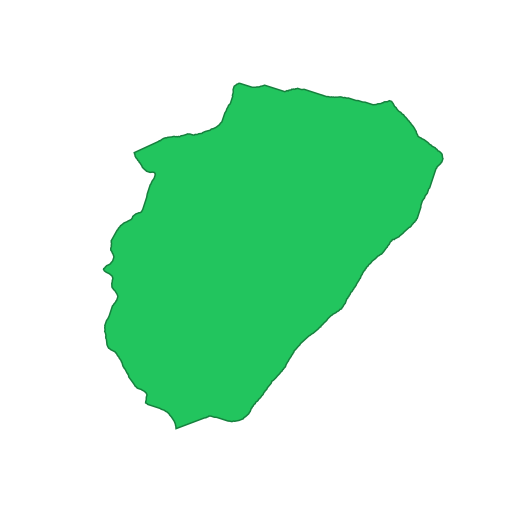 Palmeras, Alajuela, Costa Rica, rotated 198°
{"feature_id": "36466004B65263454965640", "entity_name": "Palmeras", "entity_type": "district", "adm_level": 2, "iso_a3": "CRI", "parent_name": "Costa Rica", "parent_adm1": "Alajuela", "projection": "orthographic", "projection_center": [-84.433, 10.047], "detail": "fine", "context": "isolated", "style": "filled", "palette": "green", "viewbox_px": 512, "rotation_deg": 198, "n_neighbors": 0, "source": "geoboundaries", "source_scale": "gbopen_adm2", "svg_char_len": 6108}
<svg xmlns="http://www.w3.org/2000/svg" viewBox="0 0 512 512"><g transform="rotate(198 256 256)"><path d="M278.7,67.1L255.6,85.6L254.7,86.3L253.6,86.7L253.0,87.5L252.0,88.1L251.5,89.1L249.5,89.8L245.9,89.8L243.6,90.4L231.7,90.4L229.5,90.9L228.3,90.9L227.3,91.3L226.4,92.1L225.3,92.2L221.3,94.4L217.7,97.4L217.6,98.5L216.3,100.0L214.1,103.9L214.0,105.1L213.5,106.2L213.4,109.7L212.9,110.3L212.9,111.5L212.3,112.4L212.2,113.6L211.7,114.7L211.1,115.3L211.1,116.5L210.7,117.5L209.9,118.3L209.4,119.3L209.3,120.5L208.6,121.4L207.7,123.4L207.5,124.5L206.5,126.4L206.3,128.7L205.7,129.7L205.6,130.8L204.9,131.8L204.5,132.9L204.5,134.1L202.3,139.5L202.2,141.8L201.0,143.3L199.4,146.4L198.6,148.5L197.0,151.7L196.8,152.8L195.6,154.8L195.6,156.0L195.0,156.6L194.8,157.7L193.8,159.7L193.8,162.1L193.1,165.3L192.7,166.3L192.7,167.5L191.5,171.4L191.5,172.6L190.9,173.5L190.9,174.7L190.4,175.7L190.3,178.0L189.6,178.9L187.9,183.1L186.8,185.1L186.7,186.3L180.9,196.5L180.2,197.1L179.0,199.0L177.8,200.2L174.2,206.0L173.4,208.0L172.5,208.6L172.5,209.8L171.3,211.7L171.0,212.7L168.9,216.4L168.3,218.6L166.2,222.5L165.3,223.4L164.9,224.4L162.4,226.9L161.9,228.0L161.0,228.7L160.0,230.1L159.8,231.1L158.9,231.6L158.3,232.3L158.2,233.4L157.7,234.5L157.3,236.7L156.5,238.7L156.4,243.4L155.8,244.0L155.8,245.2L155.2,246.2L155.2,247.4L154.7,248.3L154.6,250.7L153.9,251.6L153.5,252.7L153.4,253.8L152.9,254.9L152.8,256.1L152.3,257.0L152.0,258.2L151.7,259.3L151.7,260.5L150.5,265.0L150.4,266.2L149.9,267.1L149.9,269.5L149.3,271.6L149.3,272.8L148.7,275.1L148.1,276.0L148.1,277.2L147.5,278.1L147.5,279.3L146.3,281.2L146.2,282.3L145.7,283.3L145.1,283.9L144.6,285.0L143.9,287.1L141.5,290.6L140.0,293.7L139.2,294.3L138.0,296.1L137.2,296.6L135.9,299.7L134.5,304.1L133.9,305.0L133.9,306.2L132.9,308.4L132.7,310.7L131.5,312.6L131.4,313.6L130.8,314.2L129.7,314.3L129.2,315.3L125.7,318.8L125.5,319.9L124.9,320.5L123.1,323.3L122.7,324.4L119.2,330.5L118.3,331.2L117.8,332.1L117.2,334.4L116.6,335.3L116.4,336.4L115.6,337.2L115.4,338.4L114.8,339.3L114.8,340.5L114.3,341.5L114.3,353.4L114.7,354.4L114.8,355.5L114.8,360.3L114.3,361.2L114.1,362.3L113.7,363.0L113.7,365.4L112.5,368.7L112.5,373.4L111.9,374.4L111.8,394.6L111.3,395.6L111.3,396.8L108.9,401.1L108.8,402.1L108.3,402.8L108.3,406.4L108.9,407.0L110.3,410.0L111.1,410.8L113.1,411.8L114.2,412.2L115.4,412.2L117.0,413.4L118.1,413.6L119.0,414.3L122.5,414.8L123.4,415.5L125.6,415.9L126.6,416.6L127.7,417.1L132.2,418.6L134.5,418.8L135.6,419.3L136.8,419.3L138.9,419.9L140.2,421.6L141.1,422.1L142.2,424.1L143.1,424.7L144.6,426.2L146.4,427.7L149.3,429.5L150.1,430.3L151.2,430.7L152.0,431.6L153.1,431.8L153.7,432.4L156.5,434.2L157.6,434.5L159.4,436.0L160.6,436.0L162.6,437.3L164.9,437.8L165.9,438.3L167.7,439.5L168.3,440.2L169.3,440.7L170.4,441.0L172.4,443.1L174.8,444.9L177.2,444.9L178.6,443.4L181.7,442.2L182.3,441.2L183.2,440.7L184.4,439.5L187.5,438.2L188.3,437.3L191.4,436.0L199.8,436.0L202.0,435.4L206.8,435.4L208.9,434.8L217.2,434.8L218.2,434.2L220.6,434.2L221.5,433.6L223.9,433.6L225.0,433.4L228.1,432.0L229.2,431.8L230.1,431.2L231.3,431.2L232.4,430.7L233.5,430.6L234.5,430.0L236.8,429.9L237.9,429.4L261.7,429.4L263.7,428.5L264.7,428.3L268.3,428.3L268.9,427.7L270.0,427.3L270.5,426.5L271.7,426.5L272.3,425.9L273.4,425.8L273.9,424.8L275.9,423.9L276.4,422.9L277.6,422.9L279.3,421.2L300.6,421.1L302.8,419.4L303.7,419.1L305.3,417.7L307.5,417.0L308.4,416.4L311.8,415.3L324.8,415.2L325.7,414.9L326.4,414.0L327.3,413.5L327.8,412.5L329.2,410.7L329.2,407.2L328.3,405.0L328.1,403.9L328.1,401.5L327.5,400.6L327.5,393.5L327.7,392.4L328.4,391.4L328.7,390.3L328.7,389.1L329.2,387.0L329.2,384.6L329.8,382.5L329.9,373.0L331.0,371.0L331.2,369.8L333.6,366.2L336.2,363.7L337.2,363.3L338.0,362.5L338.4,361.5L342.5,358.9L344.8,356.9L345.3,355.9L348.2,354.6L349.4,353.4L351.5,352.8L352.0,352.0L353.1,351.6L356.6,351.6L357.6,351.2L358.8,351.0L360.0,349.9L362.5,348.1L364.4,347.2L365.6,345.7L366.8,345.7L367.4,345.1L368.5,345.0L369.5,344.5L370.7,344.5L371.8,344.0L372.7,343.3L376.8,341.5L377.7,340.6L378.7,340.4L380.3,339.2L382.1,337.1L382.4,336.2L383.3,335.9L383.9,335.3L383.9,335.0L403.7,316.7L403.2,316.2L403.2,315.7L402.8,315.6L401.8,313.6L400.3,312.2L399.0,311.5L398.0,310.5L396.6,309.9L396.1,309.1L395.2,308.7L392.6,306.6L391.4,305.2L388.4,303.7L387.5,303.5L386.4,302.8L382.5,302.8L380.4,303.8L378.5,304.0L377.4,303.3L377.4,302.8L376.9,302.2L376.9,298.3L377.9,295.3L378.3,291.5L378.6,291.1L378.6,281.4L378.1,278.0L378.1,265.4L378.6,262.6L379.8,261.2L380.7,261.0L382.0,259.8L383.2,259.0L385.4,255.6L385.4,253.6L386.1,252.0L388.8,249.4L389.3,248.7L391.7,246.7L393.8,243.3L394.2,243.1L394.4,241.9L395.4,239.9L395.6,238.1L396.0,237.8L396.3,236.4L398.4,225.6L398.0,225.2L398.0,224.5L397.3,223.5L396.9,221.3L396.5,220.7L396.5,218.4L395.9,216.7L394.5,215.7L393.6,214.5L392.7,213.8L390.9,211.4L390.8,210.7L390.8,206.9L391.9,204.5L391.9,203.8L393.4,202.1L395.0,200.7L396.0,198.7L396.1,198.0L396.9,197.0L396.9,196.2L395.6,195.0L393.5,194.3L389.9,193.8L386.6,192.4L385.2,190.5L385.1,188.3L384.7,186.9L384.7,185.4L383.4,182.0L382.9,181.4L381.7,180.8L381.3,180.2L379.3,179.3L376.4,176.8L375.0,175.1L374.8,174.4L374.8,170.6L375.2,170.2L375.3,168.8L375.6,168.3L375.7,167.6L376.4,166.3L376.4,165.5L377.1,164.2L377.1,153.6L377.5,150.6L378.2,148.5L378.3,143.1L377.9,142.5L377.7,141.1L376.7,139.0L376.6,137.5L375.6,136.5L374.4,134.5L374.1,133.9L374.1,133.1L373.7,132.7L373.7,132.0L373.4,131.4L372.8,130.9L372.4,130.3L370.3,125.6L368.9,124.0L367.6,122.8L366.8,122.8L365.5,122.1L360.4,121.3L359.6,120.5L358.9,120.5L356.9,118.5L355.0,117.4L354.6,116.7L352.2,115.0L351.7,114.5L351.4,113.8L350.7,113.5L348.6,110.3L347.8,109.5L347.1,109.2L346.8,108.6L345.5,107.9L342.3,104.7L341.6,104.6L341.4,104.0L340.3,103.1L339.7,101.7L334.4,97.9L331.4,95.6L331.1,95.1L329.1,94.3L328.7,93.9L327.4,93.6L323.6,93.6L322.9,93.2L321.4,93.1L319.3,92.4L318.9,92.0L318.2,91.9L316.7,90.2L316.7,87.9L315.9,85.2L315.9,83.7L315.6,82.2L313.7,81.8L313.1,81.4L300.2,81.4L298.8,81.0L295.8,81.0L293.6,80.3L292.1,80.1L289.4,78.7L289.1,78.2L286.7,76.8L282.7,73.6L280.8,71.3L280.2,70.1L279.7,69.5L278.7,67.1Z" fill="#22c55e" stroke="#15803d" stroke-width="1.5"/></g></svg>